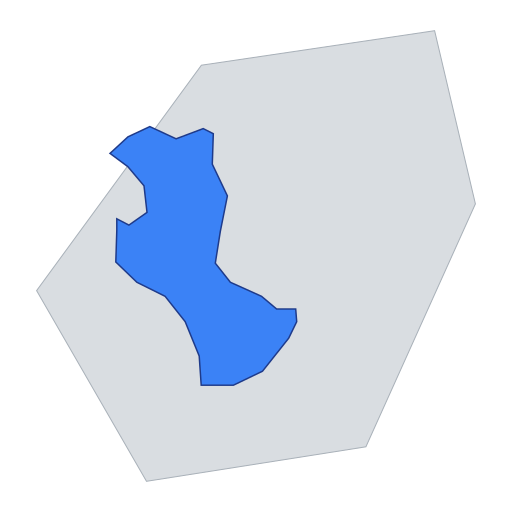 location of Borgo Maggiore within San Marino
{"feature_id": "SMR-4883", "entity_name": "Borgo Maggiore", "entity_type": "state/province", "adm_level": 1, "iso_a3": "SMR", "parent_name": "San Marino", "parent_adm1": "", "projection": "natural_earth1", "projection_center": [12.438, 43.942], "detail": "fine", "context": "in_parent", "style": "filled", "palette": "blue", "viewbox_px": 512, "rotation_deg": 0, "n_neighbors": 0, "source": "natural_earth", "source_scale": "10m", "svg_char_len": 647}
<svg xmlns="http://www.w3.org/2000/svg" viewBox="0 0 512 512"><path d="M365.9,446.8L146.5,481.3L36.6,290.6L201.4,65.2L434.6,30.7L475.4,203.9L365.9,446.8Z" fill="#d9dde1" stroke="#a8b0b8" stroke-width="1"/><path d="M110.0,153.4L128.0,136.8L149.8,126.6L176.1,138.8L203.2,128.6L213.3,133.7L212.3,164.2L227.4,195.9L220.3,231.5L215.3,263.2L230.4,282.3L261.5,296.3L276.6,309.0L295.7,309.0L296.7,321.7L288.7,338.2L262.5,371.2L233.4,385.2L201.2,385.2L199.2,356.0L185.2,321.7L165.1,296.3L136.9,282.3L115.8,262.0L116.8,230.2L116.8,218.8L128.9,225.1L147.0,212.4L144.0,185.8L127.9,166.7L110.0,153.4Z" fill="#3b82f6" stroke="#1e3a8a" stroke-width="1.5"/></svg>